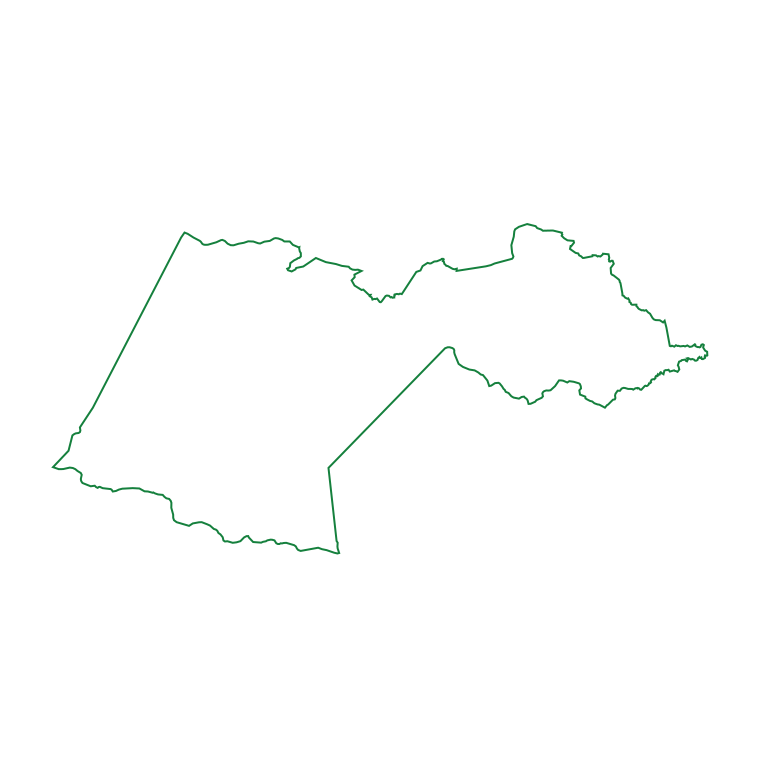 outline of Tafí del Valle, Tucumán, Argentina, rotated 278°
{"feature_id": "61730980B13889034691247", "entity_name": "Tafí del Valle", "entity_type": "district", "adm_level": 2, "iso_a3": "ARG", "parent_name": "Argentina", "parent_adm1": "Tucumán", "projection": "orthographic", "projection_center": [-65.815, -26.661], "detail": "fine", "context": "isolated", "style": "outline", "palette": "green", "viewbox_px": 768, "rotation_deg": 278, "n_neighbors": 0, "source": "geoboundaries", "source_scale": "gbopen_adm2", "svg_char_len": 6132}
<svg xmlns="http://www.w3.org/2000/svg" viewBox="0 0 768 768"><g transform="rotate(278 384 384)"><path d="M391.3,606.1L394.1,607.8L394.7,608.7L400.3,612.9L400.9,614.7L402.3,615.1L404.7,614.4L406.6,614.6L409.9,616.3L410.1,618.6L412.5,619.9L413.5,621.6L413.6,623.1L413.1,626.4L413.6,630.4L413.1,631.6L414.7,633.5L415.2,635.1L414.9,635.7L415.4,636.0L415.2,637.1L414.1,638.5L414.1,639.6L418.3,642.5L418.7,643.0L418.5,644.3L418.9,645.1L420.3,646.2L421.5,646.3L421.9,647.6L422.9,648.2L423.5,647.7L425.5,648.4L426.3,650.0L426.2,651.0L427.8,652.1L428.5,651.7L429.7,652.2L430.2,652.8L429.8,653.5L430.1,653.9L431.8,654.0L431.4,654.9L431.7,655.7L433.5,655.8L434.2,656.3L434.1,656.8L433.2,657.4L433.3,657.9L432.6,659.4L436.2,659.8L437.0,661.1L437.1,662.4L437.7,663.8L436.1,665.3L437.9,669.4L437.5,670.0L437.4,671.3L436.9,673.0L439.5,674.4L442.2,673.3L443.4,672.4L447.2,673.1L448.3,675.1L449.0,675.4L450.0,678.5L449.8,679.3L449.0,679.7L448.6,680.9L450.9,681.7L451.6,680.6L452.0,681.5L451.0,684.5L451.7,685.7L451.3,687.6L450.4,688.8L450.6,690.0L451.4,691.1L453.6,691.6L454.6,692.6L453.8,693.0L453.8,694.0L454.4,694.6L453.0,695.2L453.0,696.3L454.4,698.2L455.1,698.3L455.7,697.8L457.0,697.9L456.9,699.8L457.3,700.2L460.9,699.5L461.7,697.4L464.1,695.3L464.9,694.9L467.1,695.3L467.7,694.2L467.1,692.9L464.7,692.2L464.2,691.4L464.4,690.5L464.2,689.3L464.9,687.1L466.4,686.7L466.6,686.3L464.0,683.7L463.3,681.6L464.4,679.0L463.1,676.9L463.4,675.5L462.5,672.1L462.8,670.2L462.5,669.4L463.0,667.7L461.4,666.3L462.0,663.8L461.3,662.9L461.5,661.7L479.2,655.8L485.7,653.1L483.8,651.8L485.5,648.3L485.1,644.0L485.6,642.1L487.0,640.5L490.6,637.7L491.7,635.5L493.6,633.3L492.8,631.5L493.2,630.4L492.8,629.0L493.8,626.0L494.5,625.0L495.3,624.5L496.1,623.2L497.7,622.9L497.0,618.6L497.5,617.6L498.8,617.0L499.4,615.6L500.8,615.5L502.8,613.9L502.3,613.2L503.1,610.8L504.7,609.0L504.9,607.8L507.0,607.4L516.9,604.1L517.9,603.2L518.9,603.0L520.0,602.2L523.6,596.0L523.7,595.0L524.9,593.5L530.4,592.3L535.0,594.8L537.8,593.3L537.8,592.4L536.6,590.8L536.8,589.9L537.6,589.9L538.5,589.3L540.4,589.5L543.7,588.3L543.5,582.8L543.0,582.8L540.4,580.6L540.5,578.6L540.0,577.8L540.9,576.0L540.6,572.6L539.5,572.6L536.6,564.2L536.5,563.3L537.9,561.4L538.5,559.4L540.3,558.2L540.5,555.5L543.6,549.4L546.6,549.6L546.6,550.3L550.4,552.5L552.1,551.8L551.8,545.7L553.4,542.1L555.5,539.3L556.8,539.8L558.1,538.8L558.6,539.0L559.5,529.9L557.9,520.0L558.9,518.0L559.7,514.0L561.4,512.2L562.3,503.4L558.4,495.7L555.4,492.3L553.3,491.8L547.9,492.0L539.2,490.8L531.4,492.7L528.3,494.4L526.9,494.1L525.8,493.4L518.7,476.7L516.6,473.3L514.7,468.5L506.1,440.1L508.3,440.0L507.4,437.8L507.6,435.9L509.7,430.6L509.7,429.2L510.6,428.3L511.3,427.1L513.5,426.2L513.8,425.2L515.8,425.8L516.2,425.0L515.9,423.7L515.3,423.4L512.9,419.3L512.3,416.7L510.0,413.7L509.7,412.7L510.0,410.3L506.1,405.8L501.5,404.3L499.5,400.4L475.5,389.1L475.7,387.7L475.5,386.8L474.9,386.2L475.0,384.3L474.1,382.0L473.4,381.8L472.8,382.3L471.7,381.9L471.1,382.1L470.6,380.3L471.2,379.4L470.7,378.4L472.0,376.7L472.0,374.5L471.3,373.3L465.7,370.3L464.6,369.5L464.5,369.0L464.6,368.3L467.7,365.2L466.9,363.8L466.9,362.4L466.0,360.8L468.1,359.7L468.9,357.7L470.4,358.3L470.1,356.7L474.6,350.4L474.0,348.7L477.4,341.1L482.1,337.5L485.7,340.1L488.2,339.5L492.8,346.0L493.6,342.3L493.0,339.6L492.9,336.8L493.8,334.3L495.2,332.7L495.1,325.9L496.1,319.7L496.6,309.5L499.3,299.0L489.1,287.7L486.7,280.9L485.2,280.4L482.6,276.9L483.3,273.1L484.7,272.1L485.6,273.7L486.9,274.5L490.6,274.4L493.9,277.7L495.8,280.5L496.4,280.9L497.2,282.7L498.8,283.9L502.1,283.4L503.5,282.2L506.6,281.1L507.6,281.1L507.4,280.8L509.1,274.4L512.0,270.9L511.3,265.4L512.5,263.2L513.4,259.0L513.4,256.4L512.8,254.8L509.8,251.0L508.3,245.7L505.9,241.8L505.9,239.8L506.9,234.8L506.4,229.7L504.3,225.5L502.7,220.6L500.5,215.9L500.1,213.0L501.2,209.6L503.5,206.5L504.2,203.9L503.8,202.6L501.0,198.2L497.4,190.2L496.9,187.3L497.0,185.8L497.5,184.6L499.5,182.7L500.2,181.5L502.5,175.0L505.4,168.7L506.2,165.4L500.8,162.7L320.0,99.0L298.7,88.9L295.7,89.8L294.1,89.6L293.0,88.4L292.2,85.6L291.3,84.2L289.7,82.6L274.0,80.9L255.6,67.8L254.4,73.8L255.1,78.1L257.5,84.5L257.5,87.6L256.7,90.2L255.2,92.6L253.7,96.1L252.0,97.3L247.8,97.0L246.6,97.3L245.4,97.9L244.0,99.2L241.9,107.8L243.0,111.7L241.8,113.3L241.3,114.9L242.3,115.9L242.6,116.9L241.7,119.9L241.9,127.9L241.4,129.0L239.8,130.4L240.8,133.5L242.5,136.1L243.9,139.4L245.9,149.6L246.5,156.3L244.4,161.8L244.7,165.3L244.1,170.1L244.5,170.6L243.8,172.4L243.2,175.6L243.4,180.3L241.7,182.3L240.5,184.4L240.3,187.2L238.7,189.0L236.8,190.0L231.8,190.6L225.3,193.4L222.1,193.9L219.9,195.0L218.3,197.9L216.4,210.7L219.3,214.0L221.3,220.0L221.8,222.7L220.5,228.3L219.6,231.4L216.8,235.6L216.4,237.8L215.5,239.3L213.4,240.8L212.3,243.0L209.8,245.6L206.7,246.8L205.9,248.4L206.5,250.8L205.7,256.3L206.7,260.0L208.4,263.7L212.6,266.8L214.2,269.0L214.5,270.7L213.2,271.5L209.3,276.4L209.8,284.4L210.9,286.2L211.8,288.9L212.9,290.2L214.1,293.4L214.2,295.0L213.9,297.3L211.3,299.5L210.8,301.1L211.0,302.7L211.9,303.9L211.9,305.1L212.6,306.8L213.1,309.3L211.9,317.4L210.9,319.3L208.9,320.7L207.7,322.1L207.1,324.7L212.7,341.6L211.8,345.6L211.5,350.3L210.0,358.1L209.7,361.5L210.4,363.1L214.7,361.0L216.6,360.5L220.4,360.2L221.9,358.9L293.2,340.7L427.9,439.5L429.2,441.9L429.5,444.0L429.1,446.7L428.4,448.1L427.2,448.9L425.2,449.1L423.4,449.8L414.3,455.1L411.9,459.8L410.2,466.5L410.1,471.9L408.5,475.9L406.9,478.4L406.6,480.8L401.8,485.9L396.6,488.5L397.3,490.4L400.3,493.8L401.1,497.2L400.6,498.5L398.1,501.2L395.8,503.1L395.0,504.4L393.2,505.6L392.4,508.6L389.6,511.8L388.6,514.2L388.3,519.7L390.3,522.1L391.0,524.4L390.1,525.4L389.2,527.2L387.8,528.5L384.4,529.9L384.8,531.9L387.5,536.2L389.2,537.2L392.3,542.1L393.9,543.1L396.8,542.1L398.1,542.6L399.2,543.6L400.2,545.6L400.4,547.9L401.0,549.8L405.7,553.7L411.9,556.8L412.2,559.0L412.2,560.9L411.0,565.3L412.6,567.1L412.6,571.5L411.8,576.9L411.2,578.0L409.1,579.2L407.0,579.7L404.9,578.3L400.8,579.6L399.5,585.1L397.8,585.5L397.0,587.3L395.9,590.4L395.7,592.6L394.2,595.0L393.5,598.3L393.5,600.1L391.3,606.1Z" fill="none" stroke="#15803d" stroke-width="2"/></g></svg>